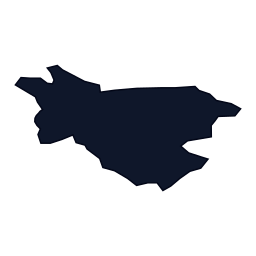 SVG path tracing the border of Burtnieku
{"feature_id": "LVA-5784", "entity_name": "Burtnieku", "entity_type": "Municipality", "adm_level": 1, "iso_a3": "LVA", "parent_name": "Latvia", "parent_adm1": "", "projection": "equal_earth", "projection_center": [25.318, 57.691], "detail": "fine", "context": "isolated", "style": "filled", "palette": "ink", "viewbox_px": 256, "rotation_deg": 0, "n_neighbors": 0, "source": "natural_earth", "source_scale": "10m", "svg_char_len": 867}
<svg xmlns="http://www.w3.org/2000/svg" viewBox="0 0 256 256"><path d="M195.0,86.5L199.0,90.5L209.6,94.1L216.4,100.5L231.2,103.7L240.6,108.8L234.9,115.8L218.1,116.4L214.9,120.9L211.2,125.4L211.3,136.8L187.5,140.8L180.7,146.1L188.6,152.9L201.2,157.0L208.0,159.1L200.8,168.1L189.8,171.3L179.8,178.4L170.8,186.0L162.9,190.5L157.1,182.8L147.7,182.8L136.6,185.4L127.6,178.4L114.5,170.7L102.9,167.5L99.7,158.5L87.1,149.0L85.0,145.1L76.1,142.6L72.9,134.9L61.9,139.4L50.3,143.2L40.9,143.2L38.0,134.5L40.4,128.9L37.0,125.4L34.8,121.7L35.0,118.2L36.4,115.5L38.7,113.1L40.0,111.4L42.6,109.5L37.5,102.1L35.4,96.8L15.4,84.9L21.0,77.6L29.9,78.2L40.4,78.2L47.2,83.3L52.5,83.9L54.1,80.1L50.9,72.5L47.3,68.0L57.3,65.5L62.5,69.9L84.5,81.4L91.9,83.3L99.3,85.2L100.3,92.2L114.5,90.3L136.6,88.4L162.3,87.8L175.4,87.8L195.0,86.5Z" fill="#0f172a" stroke="#020617" stroke-width="1.5"/></svg>